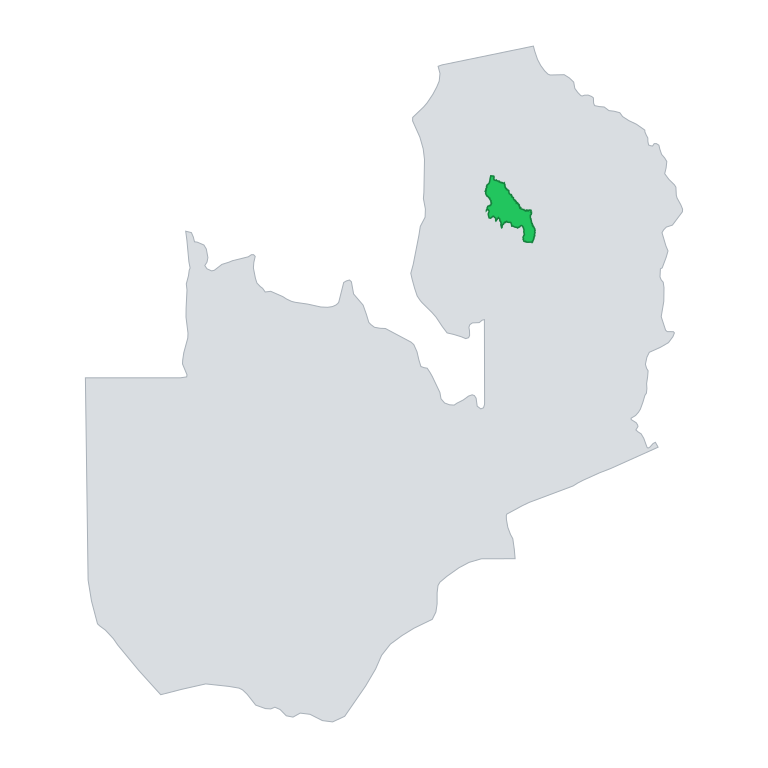 location of Luwingu, Northern, Zambia
{"feature_id": "96606910B28047609597150", "entity_name": "Luwingu", "entity_type": "district", "adm_level": 2, "iso_a3": "ZMB", "parent_name": "Zambia", "parent_adm1": "Northern", "projection": "equal_earth", "projection_center": [30.347, -10.552], "detail": "fine", "context": "in_parent", "style": "filled", "palette": "green", "viewbox_px": 768, "rotation_deg": 0, "n_neighbors": 0, "source": "geoboundaries", "source_scale": "gbopen_adm2", "svg_char_len": 9273}
<svg xmlns="http://www.w3.org/2000/svg" viewBox="0 0 768 768"><path d="M515.1,558.7L481.3,558.8L469.0,562.4L458.9,567.8L446.9,576.3L439.9,582.2L438.0,585.5L437.1,592.8L437.1,603.9L435.9,612.0L432.3,619.3L414.0,628.2L402.1,635.5L390.4,644.1L381.6,655.3L375.6,669.0L365.6,686.0L344.7,716.3L332.6,721.9L322.4,720.6L310.0,714.3L300.2,713.1L293.0,717.1L286.3,715.8L280.1,709.5L274.9,707.2L270.8,708.9L265.5,708.6L255.7,705.1L247.2,694.3L242.5,689.8L239.0,688.1L228.9,686.4L205.7,683.9L181.8,689.3L160.7,694.7L138.9,670.6L117.8,645.1L113.3,638.6L105.4,630.1L99.7,625.9L97.5,623.8L91.5,601.0L88.1,580.0L85.4,377.8L180.6,377.8L186.7,376.9L187.0,374.8L182.5,363.9L182.7,360.1L183.8,352.7L187.8,338.0L188.0,333.1L186.0,317.1L186.1,308.1L187.0,290.0L186.3,283.9L188.5,275.7L189.2,270.3L190.1,268.0L188.9,261.8L186.9,240.2L185.7,231.2L191.4,232.6L193.3,237.0L194.5,241.8L197.1,242.1L203.9,245.0L206.3,249.0L207.9,257.6L207.0,262.1L204.8,265.6L207.0,268.8L211.6,270.9L214.3,270.3L221.9,264.4L228.9,262.2L232.5,260.7L248.3,256.8L251.4,254.7L253.6,254.7L255.2,256.4L253.8,262.5L253.4,268.0L255.4,278.2L256.9,283.0L260.2,286.5L262.6,288.3L265.2,292.0L270.7,291.3L282.8,296.6L286.5,299.0L291.6,301.4L295.2,302.3L307.7,304.1L320.8,307.0L327.6,307.3L332.4,306.6L335.8,305.1L337.9,303.4L338.8,302.0L343.7,282.5L346.2,281.0L349.5,280.0L351.4,281.8L353.6,294.0L363.1,305.1L366.4,314.4L368.8,322.4L370.9,324.6L374.5,327.3L380.2,328.3L385.4,328.5L411.0,342.1L413.8,344.6L417.0,351.8L418.9,360.0L420.9,366.5L424.2,367.7L427.2,368.2L430.1,372.6L432.3,376.5L439.9,392.5L441.0,398.8L444.6,403.0L449.6,404.8L454.2,405.1L456.9,403.2L463.4,399.9L468.5,396.1L472.2,394.8L474.4,395.6L476.1,398.2L477.2,406.2L480.8,408.9L483.5,407.8L484.5,404.7L484.6,403.1L484.4,319.6L482.1,320.2L479.2,322.6L472.4,322.9L469.8,324.7L468.9,327.3L469.5,330.8L469.6,335.5L468.6,337.7L465.7,338.6L461.4,336.8L453.6,334.4L447.1,332.9L442.4,326.7L436.1,317.2L432.0,312.5L422.0,302.6L420.3,300.6L417.2,296.0L414.6,288.2L412.1,279.1L410.8,273.3L413.2,264.5L418.9,235.4L420.3,226.4L425.1,217.2L425.4,209.0L423.4,198.5L423.9,192.6L424.5,159.4L423.2,148.8L419.9,137.2L412.6,120.9L412.7,117.4L423.7,106.9L427.1,102.9L432.8,94.4L436.7,87.1L439.2,81.2L440.0,73.5L438.1,66.3L442.0,64.9L533.4,46.1L534.7,51.1L537.5,59.4L540.7,65.5L544.6,70.8L547.9,74.1L550.1,75.0L564.2,74.7L569.3,77.9L573.7,82.1L574.8,88.4L577.7,92.4L580.8,95.6L582.2,96.0L584.5,95.2L588.2,95.1L591.7,96.5L593.4,97.9L593.6,103.2L594.6,105.6L599.4,106.6L604.2,107.0L608.9,110.6L614.0,111.2L619.8,112.7L622.6,116.6L628.8,120.6L636.4,124.2L644.8,130.1L644.9,131.9L646.4,135.4L647.8,137.9L647.9,141.6L648.6,145.0L650.8,145.8L652.6,146.0L654.2,143.6L656.4,143.6L658.9,145.2L659.8,149.1L661.6,154.4L664.7,158.0L666.8,161.5L666.1,167.9L664.7,173.7L668.9,179.4L674.4,184.8L675.9,187.2L676.3,195.3L677.1,198.1L680.8,204.8L682.6,209.2L682.4,211.8L672.4,225.1L666.3,227.1L663.6,229.9L662.0,232.7L665.9,245.9L668.0,250.9L666.2,257.2L662.2,267.9L660.4,268.8L660.0,276.9L661.2,279.9L663.2,282.2L664.0,287.7L663.8,301.3L661.2,316.7L665.6,330.2L667.2,331.6L673.4,331.7L674.4,332.9L672.9,336.7L668.5,342.6L660.6,347.2L649.3,352.3L646.9,357.2L645.4,364.3L646.6,368.4L648.1,370.8L647.6,377.0L646.6,383.5L646.9,388.6L646.4,393.2L644.9,395.4L642.9,402.2L640.4,409.1L638.5,412.2L635.6,415.5L631.1,418.2L631.2,419.6L636.3,422.8L637.6,425.0L638.0,426.5L635.9,429.9L638.2,432.0L641.1,433.8L643.8,438.4L646.9,447.0L647.4,447.8L648.3,448.0L650.0,447.0L653.1,443.5L655.4,442.3L658.1,447.2L610.7,468.5L599.6,472.8L583.0,480.3L577.6,483.1L573.2,485.9L529.2,502.4L522.3,505.7L506.8,514.1L506.3,515.5L506.4,519.4L507.8,527.3L510.5,534.5L512.8,538.7L514.3,549.4L515.1,558.7Z" fill="#d9dde1" stroke="#a8b0b8" stroke-width="1"/><path d="M532.1,242.1L532.2,242.4L532.3,242.3L532.2,242.1L532.6,241.8L532.6,241.1L532.8,241.1L533.0,240.8L533.1,240.3L533.5,239.7L533.6,238.8L533.9,238.7L533.9,238.0L534.0,237.7L533.9,237.5L534.1,237.3L534.0,237.1L534.1,236.8L534.1,236.4L534.4,236.0L534.7,235.9L534.6,235.5L534.8,235.1L534.4,234.7L534.4,234.4L534.7,233.4L535.1,232.8L535.0,232.4L534.6,231.9L534.8,230.8L535.0,230.8L535.1,230.7L534.8,230.2L534.9,229.4L534.6,229.0L534.7,228.6L534.3,228.2L534.1,227.8L534.0,227.2L533.7,227.1L533.5,226.6L533.3,226.6L533.2,226.2L533.0,226.3L532.9,225.9L532.7,226.0L532.6,225.8L532.6,225.6L532.4,225.5L532.6,224.5L532.4,224.2L532.2,223.5L531.7,223.5L531.5,221.9L531.3,221.9L531.2,221.4L531.3,220.6L531.2,220.0L531.1,219.9L530.9,219.4L530.7,219.4L530.7,219.0L530.8,218.9L530.7,218.8L530.8,218.6L530.5,218.2L530.3,217.7L530.4,217.2L530.3,216.4L530.4,216.1L530.3,215.9L530.3,215.3L530.6,215.2L530.7,214.8L530.8,214.7L531.0,214.5L531.2,214.4L531.2,214.0L531.5,213.6L531.4,212.7L531.4,212.8L531.3,212.6L531.4,212.4L531.2,212.4L531.1,211.9L530.8,211.9L530.9,211.7L531.0,211.4L531.1,210.4L530.8,210.4L530.3,210.1L530.2,210.2L529.6,210.0L529.3,210.1L528.9,210.2L528.9,210.4L528.6,210.4L528.3,210.8L528.1,210.5L527.7,210.8L527.5,210.7L527.4,210.6L527.2,210.7L527.2,210.4L527.0,210.5L526.9,210.3L526.5,210.3L526.4,210.1L525.8,210.4L525.6,211.0L525.2,210.9L524.8,210.4L524.7,210.4L524.4,210.3L524.2,210.0L524.0,209.7L523.8,209.9L523.6,209.8L523.2,209.5L522.9,209.4L522.6,209.4L522.5,209.2L522.2,209.2L522.0,209.3L521.7,209.1L521.1,208.9L520.8,208.7L520.7,208.2L520.6,208.3L519.9,208.3L519.9,207.7L520.1,207.6L519.8,207.5L520.0,207.1L519.6,206.9L519.4,206.5L519.5,206.5L519.5,206.2L519.2,206.0L519.2,205.3L519.3,205.3L519.3,205.2L519.1,205.2L519.2,204.9L519.0,204.5L518.9,204.5L518.9,204.4L518.8,204.6L518.7,204.6L518.4,204.3L518.2,203.9L518.0,203.7L518.0,203.3L517.6,203.1L517.4,203.3L517.2,202.6L516.8,202.5L516.7,202.6L516.6,202.4L516.4,202.6L516.4,202.0L516.1,201.5L515.7,201.4L515.8,201.3L515.5,200.8L515.5,200.5L515.3,200.4L515.1,200.5L514.8,200.0L514.3,200.0L514.0,199.8L514.0,199.7L513.9,199.7L513.6,199.2L513.4,198.7L513.5,197.9L513.4,197.6L512.7,197.3L512.6,197.1L512.1,197.0L512.0,196.6L511.9,196.6L512.0,196.3L511.8,195.7L511.6,195.8L511.4,195.7L511.3,195.2L511.3,194.8L510.9,195.0L510.7,194.7L510.1,194.3L510.0,194.1L509.9,194.0L509.5,193.7L509.2,193.6L509.2,193.2L508.9,192.2L508.7,191.9L508.8,191.8L508.8,191.0L508.9,190.9L508.7,190.5L508.5,190.4L508.4,190.2L507.9,190.2L507.5,190.1L507.2,189.6L506.9,189.6L507.0,189.4L506.9,189.3L506.7,188.8L506.0,188.7L505.7,188.4L505.6,188.0L505.5,187.8L505.6,187.7L505.1,187.3L505.2,187.0L505.0,186.6L505.1,186.2L504.7,185.4L504.9,185.2L504.8,184.8L504.9,184.6L504.8,184.3L504.6,184.2L504.3,183.5L504.3,183.2L504.2,183.3L504.0,183.2L503.9,183.4L503.4,183.4L503.3,183.2L503.1,183.2L502.8,182.9L502.4,182.9L502.2,182.8L502.3,182.6L502.0,182.5L501.7,182.8L501.2,182.6L501.1,182.4L500.6,182.5L500.5,182.3L500.3,182.4L499.8,182.0L499.2,181.9L499.3,181.4L499.3,181.2L498.7,181.2L498.4,181.0L497.5,181.0L497.1,180.7L496.9,180.7L496.6,180.5L496.3,180.0L495.7,180.4L495.4,180.3L495.0,180.3L494.6,180.1L494.1,179.9L493.9,179.7L494.0,179.0L493.9,178.9L493.7,178.1L494.0,177.6L494.1,176.9L493.8,176.5L493.7,176.1L490.8,175.8L490.1,178.7L490.1,179.0L489.9,180.0L489.9,180.8L489.6,181.3L489.5,182.3L488.8,183.6L488.2,184.0L487.7,184.6L487.0,185.0L486.9,185.6L486.8,185.9L486.6,186.0L486.5,186.4L486.5,186.6L486.8,186.8L486.7,187.2L486.8,187.4L486.6,187.6L486.5,187.9L486.0,188.6L485.9,188.9L486.1,189.1L486.2,190.1L485.7,190.2L485.7,190.5L485.4,190.9L485.7,190.9L485.9,191.2L485.7,191.6L485.8,192.7L485.6,193.1L485.9,193.8L485.9,194.1L486.0,194.4L486.4,194.9L486.4,195.2L486.9,195.7L487.0,196.1L487.3,196.1L487.4,196.4L488.1,196.7L489.0,197.9L489.3,198.0L489.4,198.4L489.8,198.4L489.7,198.9L490.2,199.9L491.0,200.6L491.0,201.4L490.8,201.8L490.9,202.1L491.1,202.2L491.2,202.6L491.4,202.8L491.3,203.0L491.5,203.2L491.1,203.6L491.1,204.6L490.8,204.8L490.7,205.1L490.3,205.2L490.3,205.4L490.0,205.7L489.8,205.5L489.3,205.8L489.2,205.7L489.0,205.9L488.6,206.1L488.1,206.1L487.7,206.5L487.6,207.0L487.2,207.6L487.2,208.5L486.8,209.6L486.6,209.7L486.4,210.1L486.4,210.6L487.1,209.8L488.0,209.5L488.3,209.7L488.6,210.3L489.1,211.0L489.1,211.4L489.0,211.8L488.7,212.5L488.2,214.0L488.5,215.7L489.1,217.9L490.5,218.2L491.3,217.7L493.0,216.2L493.6,216.2L494.3,217.2L495.7,218.2L495.7,219.9L495.7,220.7L495.9,221.0L498.4,217.6L499.0,218.4L499.6,218.7L499.8,219.4L499.8,220.7L499.9,221.0L500.5,221.2L500.8,222.0L500.9,222.7L501.2,223.4L500.9,224.2L500.9,225.0L501.1,226.0L501.4,226.0L501.5,226.3L501.6,226.8L501.4,227.1L501.6,227.8L501.8,227.7L501.9,227.3L502.1,227.2L502.0,226.7L502.3,225.9L502.2,225.5L502.5,225.1L502.5,224.8L503.0,224.5L503.1,224.3L503.5,224.2L503.8,223.6L503.9,223.2L504.3,222.9L504.5,222.3L504.8,222.2L505.1,222.4L505.4,221.9L505.9,221.8L506.0,222.0L506.4,221.4L506.7,221.3L507.1,221.8L507.6,222.2L508.8,222.4L510.4,222.3L510.8,222.5L511.2,223.7L511.5,224.3L511.7,226.1L513.1,226.1L514.4,226.9L515.4,227.2L516.6,227.3L517.6,227.6L517.6,227.9L518.1,227.7L518.6,227.2L519.6,227.0L520.3,226.0L521.0,225.6L521.6,225.5L522.1,225.8L523.0,226.8L523.2,227.3L523.1,227.5L523.6,228.2L523.6,228.9L523.9,229.3L524.0,229.9L524.0,230.6L523.8,231.4L523.9,232.5L524.1,233.1L524.1,233.4L524.4,234.3L524.4,234.8L524.3,235.0L523.9,235.2L523.7,235.9L523.2,236.8L523.0,237.7L523.5,238.7L523.1,239.5L523.7,240.3L523.9,241.3L525.2,241.7L525.4,241.4L525.7,241.3L526.1,242.0L527.0,242.2L531.9,242.1L532.1,242.1Z" fill="#22c55e" stroke="#15803d" stroke-width="1.5"/></svg>